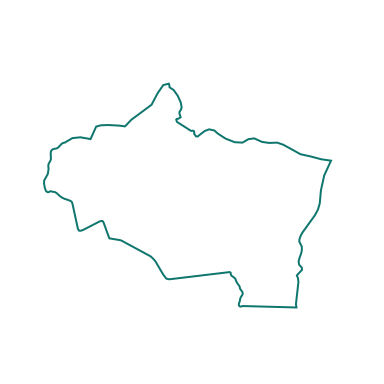 SVG path tracing the border of Mandoul, rotated 296°
{"feature_id": "TCD-1488", "entity_name": "Mandoul", "entity_type": "Prefecture", "adm_level": 1, "iso_a3": "TCD", "parent_name": "Chad", "parent_adm1": "", "projection": "orthographic", "projection_center": [17.512, 8.727], "detail": "fine", "context": "isolated", "style": "outline", "palette": "teal", "viewbox_px": 384, "rotation_deg": 296, "n_neighbors": 0, "source": "natural_earth", "source_scale": "10m", "svg_char_len": 2350}
<svg xmlns="http://www.w3.org/2000/svg" viewBox="0 0 384 384"><g transform="rotate(296 192 192)"><path d="M281.1,303.2L264.7,303.6L250.2,307.1L237.8,311.8L231.7,312.9L225.2,312.7L203.7,309.0L200.9,308.9L197.5,309.1L194.5,310.1L191.2,314.5L188.2,316.1L185.0,317.0L179.4,317.6L176.2,318.3L173.6,320.2L172.2,323.8L170.4,325.0L163.0,322.8L160.9,325.1L157.8,327.1L136.7,334.6L134.2,336.4L134.0,336.5L111.8,287.7L111.2,287.0L110.7,286.5L110.3,285.8L110.1,285.1L110.5,284.0L111.2,283.5L112.1,283.1L114.9,282.8L117.4,282.1L118.3,282.0L119.3,282.0L121.2,282.3L122.1,282.3L123.0,282.1L123.6,281.7L124.2,281.1L124.6,280.5L125.7,278.3L126.2,277.6L127.9,276.2L128.4,275.5L129.9,272.6L130.8,271.4L131.8,270.2L132.4,269.7L132.9,269.1L133.3,268.4L133.5,267.5L134.0,264.6L134.3,263.8L134.8,263.2L135.4,262.7L136.1,262.4L136.5,261.8L136.5,260.9L103.8,210.2L103.3,208.9L102.9,206.9L105.2,202.3L113.6,189.6L114.9,186.7L116.0,183.1L117.4,149.6L117.1,148.1L114.1,138.0L125.9,125.8L126.7,124.3L126.2,123.1L124.7,121.6L110.1,110.7L108.5,109.1L107.7,107.4L109.0,105.5L129.3,89.5L130.5,88.1L130.7,86.7L130.6,84.7L130.0,80.4L130.0,77.7L130.4,74.9L131.7,70.8L131.8,69.0L131.6,67.8L131.2,67.1L130.9,65.3L130.7,64.5L130.1,64.0L128.9,63.1L128.6,62.3L128.6,61.4L128.8,60.5L129.7,59.4L131.1,58.0L134.3,55.6L136.1,54.7L137.5,54.1L144.7,54.5L145.6,54.3L149.8,53.0L152.0,51.7L152.9,51.2L153.9,50.9L154.8,50.8L157.7,51.0L159.5,50.8L160.1,50.6L160.5,50.4L164.5,48.2L166.0,47.6L166.9,47.5L167.8,47.5L168.7,47.8L169.4,48.2L169.9,48.7L170.4,49.3L171.3,50.6L171.8,51.1L172.4,51.7L173.8,52.4L175.3,52.9L176.5,53.2L178.1,53.7L178.9,54.1L179.5,54.6L180.9,56.3L181.3,56.4L188.0,60.9L192.2,67.6L195.1,77.6L208.8,77.2L212.1,81.0L215.4,87.2L219.7,97.3L221.6,103.0L230.6,105.9L242.4,112.1L252.8,117.4L265.6,117.8L275.5,119.3L279.2,123.7L277.4,125.3L276.2,126.0L275.6,130.8L272.3,136.9L267.8,142.4L263.5,145.6L260.9,146.0L258.7,145.6L257.0,146.3L254.2,149.0L251.9,147.6L251.0,146.3L250.1,146.1L248.4,147.8L246.5,164.5L247.2,165.5L247.6,166.1L247.5,167.2L246.3,168.1L245.4,168.3L244.6,169.7L243.8,171.1L244.3,172.7L246.8,173.9L252.4,176.7L255.8,179.9L257.1,185.1L255.8,189.7L254.7,198.8L255.5,208.6L258.5,215.7L264.2,219.5L267.5,224.5L267.7,232.9L269.9,239.8L273.7,246.9L274.5,253.2L274.0,264.1L273.5,272.9L275.9,282.7L278.1,293.9L281.1,303.2Z" fill="none" stroke="#0f766e" stroke-width="2"/></g></svg>